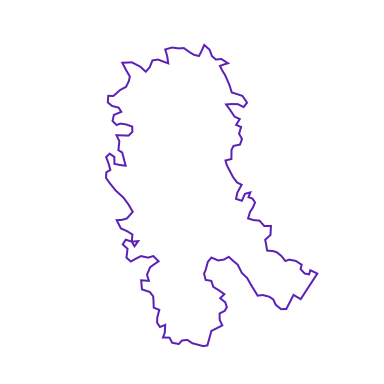 outline of Novo Itacolomi, Paraná, Brazil, rotated 156°
{"feature_id": "56859067B16333418565367", "entity_name": "Novo Itacolomi", "entity_type": "district", "adm_level": 2, "iso_a3": "BRA", "parent_name": "Brazil", "parent_adm1": "Paraná", "projection": "robinson", "projection_center": [-51.532, -23.781], "detail": "fine", "context": "isolated", "style": "outline", "palette": "violet", "viewbox_px": 384, "rotation_deg": 156, "n_neighbors": 0, "source": "geoboundaries", "source_scale": "gbopen_adm2", "svg_char_len": 2565}
<svg xmlns="http://www.w3.org/2000/svg" viewBox="0 0 384 384"><g transform="rotate(156 192 192)"><path d="M265.9,58.5L261.6,60.4L256.4,58.8L253.3,53.8L244.4,46.6L240.3,45.6L230.8,57.2L218.6,57.8L218.7,64.0L216.2,69.8L210.5,70.1L207.0,72.6L206.5,77.7L209.4,83.5L204.0,85.5L207.6,91.5L211.1,96.6L210.5,102.9L215.3,106.2L214.2,112.5L211.2,115.3L205.9,121.8L200.9,124.2L195.9,118.8L190.3,117.3L184.8,117.8L182.5,112.5L179.8,107.0L179.4,97.8L176.6,91.0L175.9,83.5L175.0,76.7L174.2,70.6L169.3,69.1L164.0,64.9L161.4,60.7L161.4,54.9L158.3,48.8L153.5,46.7L141.1,56.7L136.3,49.9L110.7,66.5L115.7,72.4L118.6,69.1L122.2,71.7L124.2,77.4L121.4,81.0L125.2,86.8L130.7,90.7L134.8,91.0L136.3,97.1L139.0,102.4L142.2,105.2L147.2,107.9L145.7,113.6L144.6,118.6L137.8,120.8L133.7,128.9L139.8,131.5L142.0,138.4L147.2,141.3L151.5,145.0L147.2,150.1L142.9,152.9L138.7,156.7L139.4,161.3L142.5,164.3L138.9,167.9L144.4,168.8L150.0,163.7L154.6,167.8L150.7,173.1L143.7,178.4L147.0,182.4L148.5,189.3L149.3,202.4L148.6,207.2L142.6,206.1L138.7,214.5L135.3,217.2L128.9,215.8L124.8,220.0L125.3,226.1L120.7,231.4L124.4,235.4L118.7,239.2L122.5,243.6L123.7,250.9L125.2,258.1L120.4,256.4L114.4,253.6L110.3,248.6L105.4,251.2L106.8,259.2L110.0,262.2L115.2,266.8L114.3,274.4L114.2,285.4L114.9,290.2L115.2,295.8L110.9,295.5L106.8,295.0L111.1,301.6L116.3,303.3L118.5,308.1L118.1,314.9L121.0,321.3L126.4,316.5L130.3,313.4L134.4,316.5L137.4,320.8L140.9,326.8L145.7,328.6L151.5,332.1L158.5,333.1L159.4,326.1L161.4,319.2L169.2,326.8L174.6,328.3L180.0,323.1L185.3,320.7L188.3,327.6L194.2,334.9L203.1,338.4L202.6,329.9L201.8,322.8L204.4,319.2L209.4,314.9L216.2,314.4L224.8,311.7L229.4,313.9L232.5,308.1L230.0,303.1L224.7,298.9L224.0,294.0L232.0,294.2L235.7,289.2L233.7,283.9L229.6,283.6L224.8,280.6L220.0,276.1L222.0,271.2L227.0,269.3L237.9,274.6L237.7,268.0L242.2,260.2L239.7,256.4L241.1,248.1L241.9,243.0L247.2,246.2L251.4,249.3L248.7,255.6L251.6,260.5L256.2,258.9L256.6,252.3L257.6,245.4L262.3,244.8L264.8,239.8L263.7,234.2L261.1,224.3L257.0,215.0L255.1,206.6L254.2,198.0L262.2,194.3L267.6,195.1L272.2,196.9L271.8,187.7L267.3,182.7L263.7,177.4L267.2,171.1L271.9,175.4L276.6,172.3L274.0,166.3L278.6,158.7L276.2,153.4L270.5,153.9L264.7,154.2L258.8,149.9L253.4,149.2L250.7,142.3L256.1,141.3L260.9,140.3L266.8,134.7L267.5,128.4L274.4,132.0L277.3,123.4L271.2,117.8L269.9,112.5L271.6,107.8L274.0,101.9L269.8,97.6L274.7,91.6L277.0,87.0L276.2,81.7L270.5,81.5L274.2,74.4L277.7,70.9L271.8,68.1L271.4,62.3L265.9,58.5ZM267.2,171.1L261.1,169.0L266.6,165.8L267.2,171.1Z" fill="none" stroke="#5b21b6" stroke-width="2"/></g></svg>